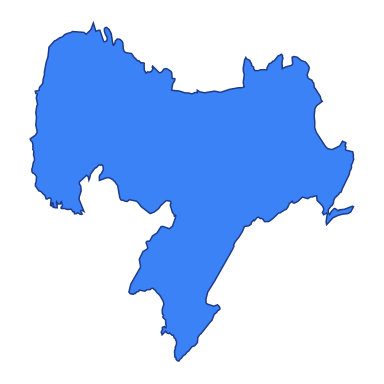 Malemba-Nkulu, Katanga, Democratic Republic of the Congo (Equal Earth projection)
{"feature_id": "63176286B11863220768150", "entity_name": "Malemba-Nkulu", "entity_type": "district", "adm_level": 2, "iso_a3": "COD", "parent_name": "Democratic Republic of the Congo", "parent_adm1": "Katanga", "projection": "equal_earth", "projection_center": [26.787, -8.06], "detail": "fine", "context": "isolated", "style": "filled", "palette": "blue", "viewbox_px": 384, "rotation_deg": 0, "n_neighbors": 0, "source": "geoboundaries", "source_scale": "gbopen_adm2", "svg_char_len": 5847}
<svg xmlns="http://www.w3.org/2000/svg" viewBox="0 0 384 384"><path d="M162.1,334.8L165.6,331.2L166.1,331.5L166.4,332.5L167.8,333.3L168.9,333.6L169.7,333.0L172.1,335.2L173.4,335.2L174.2,337.9L175.6,338.7L175.6,339.9L176.4,341.2L176.5,344.1L175.2,347.6L175.5,348.7L174.8,349.8L174.5,351.7L174.8,356.6L175.0,357.2L175.8,357.4L176.2,359.5L177.6,360.9L178.9,361.0L180.0,359.2L181.3,358.3L183.3,355.6L185.2,354.6L186.7,352.4L188.8,350.9L191.7,346.9L194.9,345.6L197.4,342.6L197.8,337.7L199.4,334.9L200.9,333.8L210.6,321.5L211.8,320.6L214.2,314.4L216.9,312.1L217.5,310.9L219.8,309.3L219.9,308.0L219.2,306.5L217.5,304.8L213.8,306.2L207.1,304.0L206.1,302.8L206.0,299.0L207.7,292.1L214.8,280.7L232.2,249.9L234.0,246.1L233.6,244.9L235.3,241.6L239.0,237.0L242.5,231.3L244.4,226.5L248.7,225.8L251.0,224.3L251.3,223.7L251.2,222.6L253.5,220.1L254.2,220.8L254.6,220.6L257.0,217.6L258.4,217.1L260.3,218.6L261.7,218.4L262.8,219.1L264.5,221.6L268.7,221.6L272.8,218.6L278.5,213.1L280.2,212.8L284.3,210.1L286.1,209.4L287.7,207.4L289.3,203.6L292.3,201.2L293.1,202.9L294.5,203.1L297.8,201.4L302.4,197.1L307.9,198.6L310.7,196.8L312.6,196.9L315.5,195.8L316.6,195.9L317.1,200.4L322.2,205.5L323.7,208.5L323.6,210.1L322.4,212.7L323.7,214.8L326.7,213.0L327.3,213.9L326.3,220.1L326.2,222.6L326.6,224.7L333.1,217.7L337.8,215.5L342.3,214.2L348.1,213.5L350.8,211.8L353.5,206.7L352.5,206.2L344.4,209.3L339.3,209.8L338.7,210.6L337.6,210.5L335.5,208.7L334.7,208.5L333.9,208.8L331.3,211.6L329.6,214.6L328.3,212.4L328.4,209.6L331.2,205.9L332.1,205.5L333.4,203.1L333.7,200.3L334.7,198.1L338.4,194.5L339.9,192.5L341.1,192.1L342.2,188.9L349.1,174.6L350.0,170.5L350.6,170.0L351.5,167.7L351.4,164.6L352.2,163.7L353.7,159.3L353.2,156.7L353.5,155.6L352.7,151.8L345.7,150.1L345.5,149.1L345.9,146.8L345.3,146.2L345.3,144.4L345.9,143.7L345.7,142.6L342.5,141.2L339.8,145.9L332.8,149.3L331.1,149.5L327.6,148.6L325.5,146.5L316.4,132.6L314.7,127.8L314.8,122.1L314.2,115.8L315.0,108.4L316.7,105.6L322.3,101.3L321.1,100.1L320.2,96.3L315.2,88.4L314.4,87.9L313.7,83.1L312.7,82.1L312.1,80.4L308.2,78.3L307.1,75.0L309.1,68.9L309.1,67.0L307.1,63.8L305.2,61.9L301.3,60.5L297.2,57.2L294.0,56.5L292.1,57.2L292.7,63.9L291.7,65.3L285.8,66.9L282.2,68.7L282.3,65.2L282.0,63.9L282.3,60.5L283.0,58.2L282.4,57.0L282.6,55.8L281.6,54.3L280.5,54.6L279.8,55.5L278.2,55.8L274.2,60.9L272.8,61.2L271.4,62.8L269.2,63.7L267.1,67.6L266.7,69.9L263.1,69.7L260.7,69.8L258.0,70.7L254.8,70.5L253.8,69.1L253.6,67.1L251.8,65.7L251.4,63.6L249.6,60.3L246.4,58.7L245.8,57.5L244.7,59.7L243.2,68.3L243.4,71.5L244.3,74.7L243.2,82.2L243.8,85.8L244.3,86.8L242.5,87.6L238.3,87.8L229.4,89.4L220.4,92.4L214.5,91.1L204.6,92.8L199.7,91.8L197.3,90.2L197.2,92.8L196.3,92.4L194.8,92.6L192.0,93.9L188.7,93.0L185.3,92.9L178.6,90.9L171.6,90.3L172.8,83.5L174.2,81.5L174.9,79.7L174.8,78.6L172.2,78.5L171.7,72.8L170.8,71.3L167.6,69.1L166.0,68.6L163.9,69.1L162.0,71.7L160.7,72.6L159.1,72.6L152.6,66.1L152.2,67.1L153.0,68.5L151.4,71.5L150.3,71.6L149.8,72.3L147.8,71.8L146.1,73.2L144.3,70.0L144.1,65.2L144.3,63.3L143.7,62.9L140.7,62.7L139.1,60.9L137.6,60.8L133.2,56.3L133.0,55.4L131.4,53.5L126.6,52.8L124.9,52.1L124.0,51.0L123.3,49.1L122.8,42.6L121.7,40.8L119.8,39.3L117.3,39.0L115.2,41.1L115.1,42.6L114.9,43.3L114.4,43.4L114.4,44.3L113.7,45.2L113.0,45.0L111.2,33.6L109.2,29.6L106.6,27.4L105.4,27.6L104.4,28.6L104.4,31.2L105.5,34.5L106.9,37.0L107.3,39.1L106.5,41.1L104.8,41.7L103.7,41.5L99.9,30.3L98.4,30.3L95.9,31.3L93.3,23.0L90.9,29.6L86.3,34.2L83.8,32.4L72.5,31.5L71.0,32.5L66.8,33.6L64.7,34.6L62.2,37.0L59.8,37.7L55.9,40.4L54.5,40.9L49.0,47.1L48.0,56.6L46.2,62.4L44.4,72.0L44.4,75.1L43.3,78.7L42.8,82.7L42.2,84.3L39.6,87.2L39.0,90.4L35.3,91.2L35.8,93.6L37.2,93.9L37.4,94.8L36.7,95.8L36.3,98.0L37.6,104.5L36.8,106.0L35.8,112.7L36.5,117.4L35.8,125.1L37.0,130.5L37.1,132.5L35.3,135.3L30.3,138.7L30.3,139.5L31.0,140.7L32.3,142.2L33.1,145.2L32.7,146.2L33.0,147.4L32.8,149.3L33.8,151.0L33.5,155.0L34.3,157.3L34.5,160.2L33.3,162.7L32.4,167.6L31.8,169.1L32.0,171.9L33.2,173.4L34.3,173.5L36.5,176.4L36.2,181.8L35.4,183.7L35.4,186.0L38.9,190.9L40.8,191.4L44.0,194.8L44.9,195.2L46.1,198.9L47.5,198.9L48.5,198.0L50.5,198.2L51.1,199.3L50.5,205.4L51.4,205.9L51.7,205.6L52.0,203.0L52.8,202.9L53.3,203.7L52.9,206.8L53.2,207.4L54.3,206.8L55.1,207.8L57.3,207.8L57.0,206.0L57.2,204.9L56.5,203.1L56.6,201.9L58.0,203.9L60.1,204.0L60.8,202.1L61.5,201.6L61.8,203.8L62.4,204.8L62.2,206.4L61.2,207.1L61.0,207.9L61.7,208.6L64.6,208.5L67.4,209.5L71.1,209.2L73.2,211.9L74.2,211.7L74.5,213.8L76.6,213.6L77.8,212.7L80.0,214.2L81.6,214.4L82.2,214.0L80.6,211.3L81.0,210.6L81.6,210.2L83.9,211.4L79.1,199.5L79.3,196.6L81.2,190.9L80.7,186.0L79.4,184.0L79.4,181.9L86.6,175.3L88.2,176.6L88.9,180.1L89.7,178.0L90.5,174.2L94.8,168.3L96.6,167.4L99.0,164.8L100.7,165.2L101.6,164.8L102.9,165.6L103.4,169.5L101.4,173.5L100.1,174.7L99.3,176.4L99.4,180.4L107.2,177.6L109.7,177.9L112.6,179.6L115.2,182.1L117.7,185.8L119.7,197.3L120.6,199.5L121.3,200.1L123.5,200.3L124.6,201.1L127.2,201.5L129.4,199.7L136.6,201.2L138.8,203.4L141.1,206.6L150.2,213.6L154.2,212.0L158.6,208.7L160.6,205.7L166.1,200.6L169.8,201.0L170.7,201.6L171.0,203.3L170.5,203.8L170.3,205.4L172.5,212.5L174.1,214.4L174.3,216.1L174.9,216.3L175.9,214.9L175.3,218.2L172.5,226.1L169.4,228.7L162.8,226.4L161.0,226.7L156.9,233.1L152.5,235.9L149.7,241.1L147.1,241.2L146.1,242.5L147.8,248.0L146.7,249.4L143.0,251.5L139.3,259.3L140.6,267.0L130.8,284.2L128.9,292.0L130.2,293.7L133.4,294.3L134.5,293.4L135.3,293.5L137.0,291.7L138.6,291.5L139.5,290.1L144.9,291.2L147.0,289.7L150.1,289.6L151.3,288.5L153.1,288.3L154.4,289.8L155.2,290.0L156.5,292.1L159.9,295.4L163.1,301.0L163.9,303.9L162.2,309.6L162.4,313.8L163.6,315.4L162.8,316.9L163.2,317.8L165.6,319.9L165.7,324.0L166.3,326.0L166.1,327.3L165.6,327.8L165.1,327.8L164.4,326.5L162.5,327.3L162.2,327.8L162.6,329.3L161.2,332.1L162.1,334.8Z" fill="#3b82f6" stroke="#1e3a8a" stroke-width="1.5"/></svg>